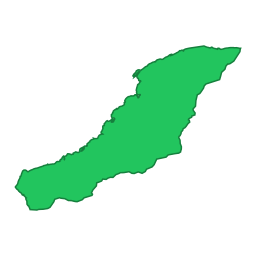 Tafunsak, Kosrae, Federated States of Micronesia (orthographic projection)
{"feature_id": "79324940B50347323269850", "entity_name": "Tafunsak", "entity_type": "district", "adm_level": 2, "iso_a3": "FSM", "parent_name": "Federated States of Micronesia", "parent_adm1": "Kosrae", "projection": "orthographic", "projection_center": [162.944, 5.328], "detail": "fine", "context": "isolated", "style": "filled", "palette": "green", "viewbox_px": 256, "rotation_deg": 0, "n_neighbors": 0, "source": "geoboundaries", "source_scale": "gbopen_adm2", "svg_char_len": 5715}
<svg xmlns="http://www.w3.org/2000/svg" viewBox="0 0 256 256"><path d="M240.6,48.3L239.2,48.3L238.8,48.1L236.5,47.7L233.9,47.8L233.6,47.6L230.7,47.6L229.4,47.7L227.9,48.0L226.4,48.1L224.7,48.4L223.4,48.9L221.7,49.3L220.4,49.3L219.4,48.4L218.2,48.2L217.7,48.4L217.7,49.1L217.5,49.3L216.3,48.8L213.4,48.2L212.0,47.2L211.3,47.2L211.0,47.7L210.6,47.9L209.8,47.8L209.5,47.9L208.2,47.4L206.9,47.2L204.0,46.0L189.7,48.1L188.2,48.4L185.2,49.1L183.1,50.3L184.1,51.2L182.8,50.7L182.4,50.2L181.7,50.2L180.7,50.7L180.0,50.7L179.6,50.7L178.9,51.5L177.8,52.3L177.1,52.6L176.8,52.7L175.7,53.4L172.0,55.2L170.6,55.6L170.6,55.4L171.9,54.6L172.0,54.4L171.9,54.3L171.3,54.3L169.9,54.8L169.4,55.1L168.0,56.3L166.5,57.0L165.7,57.2L162.9,59.2L162.2,59.4L161.6,59.4L161.3,59.2L160.1,59.0L157.4,59.8L156.9,60.0L155.7,61.2L155.5,61.8L154.8,61.8L154.4,61.7L154.0,62.0L152.8,62.2L150.7,63.4L150.2,63.5L149.1,64.0L148.2,64.7L147.0,66.2L146.5,66.3L145.4,66.8L142.6,69.1L141.6,69.7L141.0,70.3L138.9,69.8L138.0,69.9L136.3,70.9L135.7,72.5L135.7,73.0L135.4,73.1L135.0,73.0L133.8,74.2L132.9,75.9L133.2,76.1L134.7,74.8L134.9,75.1L134.1,77.2L135.7,76.0L138.0,72.5L138.9,71.6L139.7,71.8L137.7,74.5L136.8,76.2L137.0,77.1L137.4,78.0L138.2,78.4L138.4,78.8L138.8,80.5L139.3,80.9L140.5,80.7L140.7,81.0L140.7,81.4L139.9,82.1L139.0,83.7L138.2,84.4L137.9,84.4L137.6,84.8L137.5,85.5L136.7,88.1L136.3,89.9L136.3,90.5L136.7,91.3L136.5,92.6L136.9,93.8L137.2,94.0L137.3,94.3L137.6,94.7L138.1,94.9L139.5,94.5L140.2,94.6L140.2,95.1L139.0,96.3L139.0,97.0L138.8,97.5L138.5,97.7L138.0,97.7L137.7,96.9L137.2,96.0L135.8,94.7L134.9,94.8L134.2,95.6L133.7,95.9L131.4,96.0L131.1,95.8L129.5,96.5L128.6,96.6L127.9,96.9L127.0,97.6L125.8,98.8L124.8,100.6L124.8,101.1L125.0,101.4L125.3,101.9L125.1,102.2L124.6,102.4L124.2,102.7L124.4,104.3L124.0,104.9L122.1,106.1L120.2,106.5L119.3,106.9L119.0,107.2L118.9,107.6L118.5,108.1L117.3,109.1L117.0,109.1L117.0,108.5L116.6,108.5L116.3,108.7L115.8,109.5L115.2,109.6L114.4,110.1L113.2,111.2L113.1,112.2L112.6,112.7L112.6,113.3L112.4,113.7L111.4,114.6L111.4,116.4L112.3,118.3L112.8,118.3L113.3,118.0L114.0,118.0L114.6,118.5L114.7,119.2L114.2,120.1L113.6,120.1L113.5,119.8L113.4,119.7L112.8,119.7L112.5,119.9L112.9,120.6L113.7,120.7L113.7,121.3L113.4,121.8L112.3,122.2L111.6,122.2L111.4,122.1L111.5,121.5L111.9,121.0L111.6,120.3L111.7,119.3L110.4,120.6L108.8,121.3L108.1,121.3L107.2,120.7L106.2,121.4L105.2,122.8L104.2,123.8L104.2,124.8L104.4,125.1L104.3,125.4L104.2,125.6L103.3,125.7L102.8,126.2L102.8,127.8L103.0,128.1L102.9,128.5L101.9,131.0L101.3,131.7L101.1,132.1L101.1,132.5L101.3,133.2L102.0,133.8L102.5,133.8L102.8,134.1L101.8,134.2L101.1,134.5L100.4,134.6L99.1,135.4L98.3,136.7L97.9,137.9L97.5,138.4L96.5,138.6L94.5,138.6L93.7,138.3L93.8,138.5L93.8,138.8L93.7,139.1L92.4,139.4L91.6,139.7L90.5,140.4L89.9,141.1L89.8,141.8L89.6,142.0L89.1,142.1L87.0,144.0L87.0,144.6L87.2,145.1L87.2,145.7L87.0,146.1L86.7,146.2L86.3,145.8L85.9,146.1L84.7,146.1L84.3,146.3L84.2,146.6L84.2,148.4L84.0,149.0L83.3,149.8L81.7,151.1L81.4,151.0L81.4,150.7L82.2,149.7L82.3,148.6L82.8,148.3L83.3,148.2L83.5,148.3L83.8,147.9L83.8,147.6L83.4,147.0L80.3,148.6L80.0,149.1L79.6,150.4L79.9,151.1L79.9,151.4L78.9,152.3L78.4,152.5L77.8,152.3L77.3,152.5L76.6,152.3L76.0,151.9L75.7,151.9L74.3,152.7L73.3,153.1L73.3,154.0L73.1,154.3L72.6,154.3L72.2,154.2L71.3,154.7L69.9,154.0L69.4,154.0L69.0,153.8L67.6,153.8L67.2,154.3L67.1,154.7L66.2,155.8L65.7,156.1L64.6,156.3L64.4,156.5L64.3,157.3L64.7,158.9L64.3,159.6L64.2,159.5L64.4,158.6L64.3,158.2L63.9,157.2L63.8,156.4L63.5,156.1L62.8,156.8L62.3,157.4L61.9,158.3L61.9,158.6L61.5,159.3L61.3,159.5L60.6,159.4L60.1,160.1L59.9,160.4L60.0,161.1L59.9,161.2L59.0,161.6L57.6,161.5L56.8,161.7L56.0,162.4L55.2,163.4L53.9,164.0L52.1,164.0L51.4,164.3L50.2,164.3L48.9,164.7L47.9,164.7L47.7,164.2L46.7,165.0L45.8,165.1L45.1,165.4L44.0,165.5L43.0,166.1L41.0,166.8L40.5,166.9L37.2,168.1L35.8,168.3L34.0,168.8L33.1,169.3L30.5,170.3L28.2,171.7L27.8,171.7L27.3,171.5L26.4,170.5L25.9,170.4L25.4,170.1L23.9,170.1L22.7,171.0L21.5,174.0L21.1,175.6L20.6,176.5L20.1,176.5L20.1,177.4L19.7,178.5L19.3,179.2L19.0,179.7L18.3,181.3L17.8,183.4L17.3,184.5L15.4,186.8L15.4,187.2L15.8,187.8L16.4,188.5L16.5,188.7L16.8,189.1L17.1,189.2L18.2,190.2L18.9,191.3L19.3,191.5L19.9,192.2L20.7,192.6L21.4,193.3L22.4,195.0L23.3,195.1L23.4,194.6L23.7,194.6L23.8,195.6L24.3,195.8L25.7,197.4L25.7,197.7L26.3,198.0L25.9,198.5L25.9,199.0L26.0,199.4L26.9,201.2L27.0,204.2L28.0,205.7L28.6,205.8L28.9,206.6L29.4,207.7L29.5,207.8L29.7,208.6L30.0,209.0L30.1,209.6L36.9,210.0L38.7,209.4L43.3,209.2L47.7,208.5L50.0,207.3L53.8,201.8L54.7,199.3L59.5,197.7L60.8,198.2L64.9,198.7L68.4,200.5L71.4,200.6L75.1,201.5L77.1,201.7L82.3,199.7L84.1,197.8L92.0,195.4L92.5,194.2L91.6,193.1L91.5,192.8L92.9,189.9L96.4,185.9L96.7,182.8L98.4,182.3L101.6,181.0L102.7,179.1L106.1,179.4L108.2,178.0L110.4,177.3L113.0,177.4L115.9,174.6L118.9,173.5L120.3,172.7L123.8,172.6L129.1,171.7L131.9,173.3L134.2,173.5L138.2,171.9L142.1,173.3L145.3,171.5L146.5,169.2L152.1,166.9L154.1,164.7L156.7,159.1L166.1,157.1L168.2,154.9L174.6,153.7L178.8,153.1L180.6,151.9L180.6,151.4L181.3,149.1L181.4,146.7L180.2,143.5L180.0,140.1L178.8,137.8L178.9,136.6L179.0,136.4L180.0,135.7L181.0,133.7L181.2,132.1L182.7,130.4L183.2,128.6L184.8,127.8L186.0,126.5L188.0,123.6L189.7,122.1L189.3,120.4L188.4,119.9L188.6,119.0L190.4,117.8L191.6,117.3L191.9,115.9L192.6,115.8L194.1,115.2L194.3,115.0L194.8,115.0L195.1,113.0L193.5,110.8L193.0,109.3L193.1,108.9L195.5,106.2L195.9,100.6L197.3,94.8L199.8,93.5L201.0,91.9L203.5,88.2L204.2,85.9L206.1,83.9L219.6,79.6L220.5,76.6L221.6,72.3L224.9,69.3L225.9,66.1L227.7,64.0L228.5,64.1L230.1,63.6L233.8,61.1L239.9,51.7L240.2,49.4L240.6,48.3Z" fill="#22c55e" stroke="#15803d" stroke-width="1.5"/></svg>